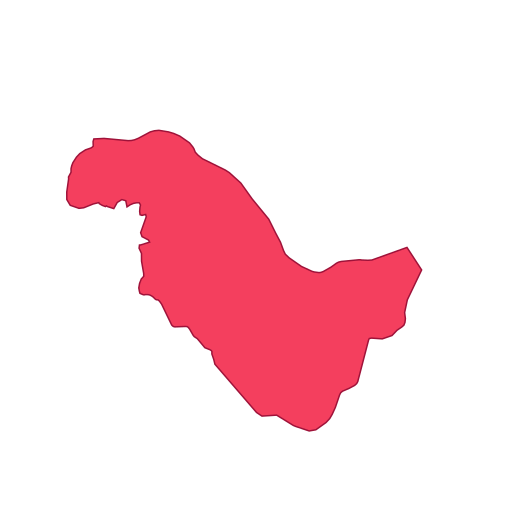 map outline of Boaco (Mercator projection), rotated 241°
{"feature_id": "NIC-668", "entity_name": "Boaco", "entity_type": "Department", "adm_level": 1, "iso_a3": "NIC", "parent_name": "Nicaragua", "parent_adm1": "", "projection": "mercator", "projection_center": [-85.423, 12.417], "detail": "fine", "context": "isolated", "style": "filled", "palette": "rose", "viewbox_px": 512, "rotation_deg": 241, "n_neighbors": 0, "source": "natural_earth", "source_scale": "10m", "svg_char_len": 2172}
<svg xmlns="http://www.w3.org/2000/svg" viewBox="0 0 512 512"><g transform="rotate(241 256 256)"><path d="M279.6,136.4L281.7,136.9L284.9,138.0L288.5,140.9L291.5,144.5L292.7,148.0L295.2,149.3L307.0,153.4L313.8,157.1L319.5,157.5L322.1,159.4L321.6,160.5L319.7,169.7L322.1,169.7L328.2,165.7L332.3,166.4L343.5,179.0L345.8,179.6L346.8,176.0L348.3,174.6L351.5,175.9L354.9,178.2L356.6,179.7L359.1,179.7L360.4,177.4L361.4,174.5L361.8,170.9L361.5,167.0L367.5,168.9L370.4,166.0L370.1,160.6L366.4,154.6L371.2,150.1L372.4,149.4L372.2,148.3L374.8,146.1L377.8,144.3L378.9,144.4L380.4,139.0L381.7,128.7L383.5,124.3L390.4,118.1L397.1,117.9L403.7,121.5L414.3,129.5L416.0,130.3L418.9,134.8L422.1,136.6L424.2,138.5L426.4,141.1L429.5,146.9L431.0,151.5L431.5,158.3L430.5,164.0L430.6,165.7L431.0,166.9L435.1,169.0L437.0,170.9L432.5,180.1L418.8,200.2L417.4,203.1L416.5,206.1L416.0,210.2L415.8,223.7L414.8,227.8L413.0,232.0L407.0,239.6L403.0,243.5L397.8,247.5L387.2,252.7L382.1,253.6L379.9,253.7L376.3,253.2L372.5,254.1L367.0,256.3L346.1,270.8L341.8,273.1L327.1,278.1L307.8,280.3L282.0,285.0L266.7,284.3L256.2,284.1L247.3,282.7L243.4,282.5L238.3,284.1L224.8,290.7L215.5,297.5L213.8,299.2L210.9,303.1L210.2,304.9L209.8,307.3L209.9,316.2L210.7,322.9L210.6,325.3L209.9,327.9L202.7,344.4L202.3,345.0L201.9,345.7L201.3,346.4L198.0,351.8L196.3,355.4L190.3,392.2L163.5,394.1L144.3,367.1L134.5,358.6L128.8,356.3L125.7,354.1L123.8,351.8L123.2,349.0L122.7,343.4L120.5,336.4L122.3,326.3L128.2,317.2L128.9,315.1L128.1,313.9L96.8,284.1L95.6,282.2L95.0,279.6L95.1,273.4L95.8,266.2L95.4,263.9L94.1,261.9L85.1,252.0L80.6,245.9L78.1,241.7L76.4,236.5L75.0,224.1L77.2,217.7L87.8,208.0L89.7,206.5L106.8,196.9L113.1,183.6L118.9,180.6L181.3,167.6L186.0,168.9L191.7,169.9L193.8,171.1L194.8,171.1L196.2,170.4L200.6,166.8L204.9,166.0L212.2,164.6L215.4,162.9L217.1,162.6L224.0,162.5L226.1,162.2L227.5,161.7L228.6,160.1L233.3,150.8L233.8,150.1L234.5,149.5L235.4,149.1L236.6,148.8L259.6,150.1L263.2,149.7L265.2,149.0L265.6,148.2L266.2,147.5L267.1,147.0L269.9,146.2L271.6,145.4L273.1,144.4L273.8,143.8L274.9,142.3L275.8,140.7L276.3,139.2L276.9,138.5L279.6,136.4Z" fill="#f43f5e" stroke="#9f1239" stroke-width="1.5"/></g></svg>